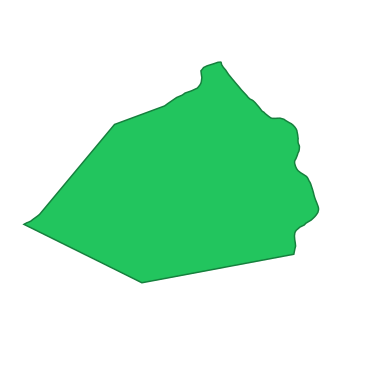 outline of Derierre Morne, Vieux Fort, Saint Lucia, rotated 35°
{"feature_id": "8701671B33635631845794", "entity_name": "Derierre Morne", "entity_type": "district", "adm_level": 2, "iso_a3": "LCA", "parent_name": "Saint Lucia", "parent_adm1": "Vieux Fort", "projection": "orthographic", "projection_center": [-60.96, 13.741], "detail": "fine", "context": "isolated", "style": "filled", "palette": "green", "viewbox_px": 384, "rotation_deg": 35, "n_neighbors": 0, "source": "geoboundaries", "source_scale": "gbopen_adm2", "svg_char_len": 2068}
<svg xmlns="http://www.w3.org/2000/svg" viewBox="0 0 384 384"><g transform="rotate(35 192 192)"><path d="M311.1,184.6L308.8,179.3L307.9,176.9L305.9,174.6L303.4,172.0L301.1,169.2L299.6,166.3L299.3,163.8L300.5,158.9L302.9,154.6L303.2,152.2L303.5,151.6L304.1,150.2L304.6,149.1L305.7,146.7L306.2,144.5L306.7,141.9L306.9,139.9L306.9,138.3L306.8,136.4L306.4,135.5L306.2,134.8L305.7,133.8L305.5,133.4L304.6,132.4L303.4,131.4L301.8,130.3L300.5,129.4L298.5,128.1L297.4,127.4L295.6,126.1L294.6,125.3L293.5,124.4L292.5,123.5L292.1,123.1L290.6,121.9L289.0,120.6L288.5,120.2L287.5,119.5L284.6,117.3L283.1,116.4L281.6,115.8L279.9,114.8L278.3,114.0L276.8,113.6L273.5,113.7L269.7,113.9L266.5,113.7L264.5,113.0L262.7,112.0L262.2,111.7L259.8,109.8L258.9,108.7L258.2,107.4L258.1,105.6L258.0,105.0L257.4,102.4L257.0,100.9L256.5,99.5L256.2,97.4L255.6,95.9L255.3,95.4L254.7,94.3L254.0,93.2L253.3,92.5L252.6,92.1L251.9,91.7L251.1,91.1L250.3,90.4L249.9,89.8L249.1,88.8L248.7,88.1L248.4,87.5L247.3,86.3L245.7,84.5L245.4,84.2L243.5,82.4L242.8,81.7L242.5,81.4L241.9,81.1L241.3,80.7L238.9,79.8L237.9,79.6L236.7,79.3L234.2,79.1L232.0,79.4L228.1,79.7L226.4,79.7L225.5,79.7L221.8,81.0L219.9,82.4L217.9,84.0L215.4,85.7L214.0,86.1L211.7,86.1L207.0,85.8L205.0,85.4L203.3,85.6L201.5,85.1L200.0,84.6L197.7,83.9L195.2,83.3L192.5,82.6L189.9,82.2L188.7,82.2L187.9,82.3L186.3,82.6L183.7,82.3L181.4,81.6L173.8,80.0L170.7,79.1L166.0,77.9L164.8,77.6L161.7,76.7L161.1,76.6L158.6,75.9L154.4,74.7L149.6,72.8L147.2,72.2L145.8,71.8L145.4,71.6L144.2,71.1L143.4,70.8L141.9,69.5L141.5,69.1L141.0,69.1L139.3,70.5L138.9,70.8L136.5,74.1L131.9,80.1L131.0,81.8L130.1,83.4L130.0,85.9L129.8,87.6L130.7,88.6L132.2,90.3L134.5,92.7L136.5,96.6L136.8,97.6L137.1,99.3L137.0,101.7L136.8,103.8L133.8,109.0L133.0,110.2L129.5,115.0L129.0,116.6L128.4,118.3L125.2,123.4L121.4,133.6L120.2,137.2L109.4,152.8L89.8,181.1L80.0,297.6L79.7,298.8L79.2,300.5L77.5,305.4L76.9,307.4L76.7,308.2L75.2,310.8L74.3,312.0L74.0,312.7L73.2,314.2L72.9,314.9L168.6,300.3L203.0,295.1L311.1,184.6Z" fill="#22c55e" stroke="#15803d" stroke-width="1.5"/></g></svg>